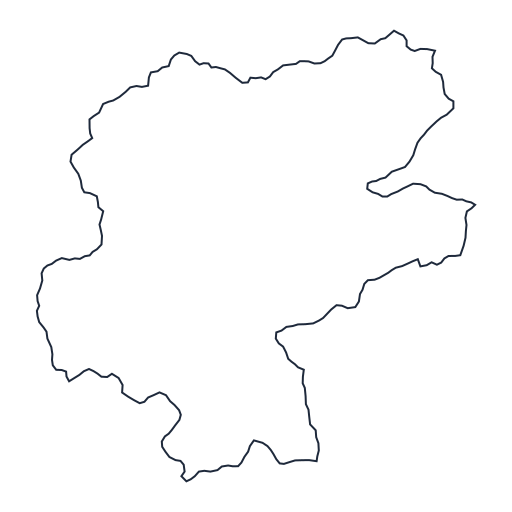 outline of Ouro Fino, Minas Gerais, Brazil
{"feature_id": "56859067B45717322204832", "entity_name": "Ouro Fino", "entity_type": "district", "adm_level": 2, "iso_a3": "BRA", "parent_name": "Brazil", "parent_adm1": "Minas Gerais", "projection": "natural_earth1", "projection_center": [-46.373, -22.267], "detail": "fine", "context": "isolated", "style": "outline", "palette": "slate", "viewbox_px": 512, "rotation_deg": 0, "n_neighbors": 0, "source": "geoboundaries", "source_scale": "gbopen_adm2", "svg_char_len": 3793}
<svg xmlns="http://www.w3.org/2000/svg" viewBox="0 0 512 512"><path d="M89.5,119.4L89.6,128.2L90.2,133.5L92.2,138.1L87.6,141.5L82.8,144.8L77.6,149.6L71.6,154.7L70.5,161.6L73.8,167.5L78.3,173.8L80.8,180.6L81.9,187.8L84.3,192.3L89.9,193.1L96.8,196.3L97.9,202.1L98.4,207.2L103.2,211.2L101.1,219.6L99.5,224.5L100.8,230.1L102.0,235.9L101.5,244.5L96.9,249.3L92.6,251.9L89.7,255.4L84.8,256.2L79.9,258.9L74.8,258.4L69.4,259.9L61.8,258.1L56.1,260.6L51.8,263.9L47.4,265.5L43.8,268.5L41.6,273.3L42.3,280.5L40.0,288.5L37.1,295.2L37.6,301.1L39.2,305.8L36.9,310.8L37.6,316.4L39.2,322.1L43.6,327.5L46.5,331.7L47.4,338.6L51.3,347.1L52.4,354.3L52.0,359.9L52.8,365.3L56.2,369.8L61.7,370.0L66.1,371.6L66.5,376.5L69.1,381.3L75.2,377.5L79.4,374.9L83.9,371.2L89.0,369.0L93.5,371.1L97.5,373.6L101.4,376.7L107.2,377.0L111.9,373.8L118.6,378.0L122.6,385.0L122.1,392.5L128.2,396.7L134.1,400.2L139.7,403.2L144.4,401.8L148.1,397.5L153.5,395.2L159.5,392.4L166.0,395.2L170.1,401.2L174.5,405.0L179.1,410.2L180.8,414.8L179.4,419.9L175.2,425.3L171.7,430.1L168.7,433.7L164.9,436.4L161.8,441.5L162.2,446.8L165.4,451.7L169.4,457.0L175.5,460.1L180.5,460.9L183.7,464.7L184.6,471.6L181.4,476.2L186.4,481.3L190.7,479.3L194.8,476.2L198.9,471.6L204.3,470.8L210.4,471.6L217.5,470.1L221.8,466.5L228.1,465.5L232.9,466.3L238.1,466.2L241.4,462.6L244.5,456.7L248.1,451.7L249.9,446.1L253.9,440.4L262.5,442.8L267.5,446.1L270.8,450.0L273.4,454.0L276.3,459.2L279.7,463.4L283.9,463.9L289.5,462.1L295.1,460.4L302.1,460.2L309.0,460.1L316.6,461.2L317.3,456.4L318.8,450.5L318.4,443.2L316.2,437.2L315.7,430.3L310.1,424.4L309.2,416.5L308.5,409.7L305.9,404.2L305.6,396.2L304.8,387.9L302.7,383.3L302.9,376.7L303.8,369.7L298.0,367.3L294.9,364.2L291.5,361.7L288.2,358.8L286.1,352.5L283.1,346.6L278.8,343.4L275.8,338.6L276.3,332.4L281.5,330.6L286.4,326.9L292.8,326.0L298.0,324.4L305.2,324.2L313.2,323.4L319.1,320.5L323.1,318.0L327.1,313.8L331.2,309.5L336.5,305.2L341.9,305.7L347.7,308.2L355.3,307.1L358.9,301.5L360.0,294.0L362.5,289.8L364.3,283.9L367.9,280.2L374.6,279.7L379.5,277.8L383.3,275.6L388.2,272.8L391.8,270.1L395.8,267.7L402.1,266.1L407.9,263.5L412.6,261.3L417.8,259.2L420.4,266.4L426.7,265.2L431.6,262.3L436.9,264.7L441.2,262.6L444.4,258.4L448.5,256.0L455.5,255.9L460.3,255.2L463.6,245.8L465.5,237.8L465.9,230.9L466.5,225.0L465.4,217.9L466.9,211.4L471.5,208.3L475.1,204.8L471.2,202.4L466.3,201.3L462.3,199.5L456.7,199.7L452.0,198.1L447.5,196.0L441.9,193.8L434.8,192.7L429.4,189.6L426.2,186.4L420.5,184.2L413.1,183.7L407.1,186.6L403.0,188.5L397.8,191.5L391.2,194.1L387.3,196.5L382.4,196.5L378.1,193.9L372.6,192.3L367.2,188.8L367.8,183.4L372.1,181.5L376.2,181.0L380.2,178.9L385.5,177.6L391.8,171.7L400.9,168.5L405.0,167.0L409.5,161.6L413.3,155.2L415.1,149.3L417.5,142.7L420.7,138.2L424.0,134.7L427.1,130.6L431.2,126.5L436.6,121.4L441.1,117.7L446.7,114.7L453.4,108.3L453.4,101.3L448.7,98.7L444.7,94.0L443.5,87.5L443.1,81.9L441.1,74.8L435.7,71.8L431.9,68.3L432.7,63.2L432.5,56.8L435.0,50.7L427.2,49.1L420.4,48.9L414.7,51.0L410.7,49.6L406.6,46.2L406.6,40.4L403.4,35.5L398.8,33.4L394.0,30.7L389.4,34.7L385.3,38.2L380.7,39.2L374.8,43.5L368.3,43.2L363.1,40.3L357.8,37.4L350.9,38.2L346.2,38.4L342.1,39.5L338.1,44.8L334.7,51.3L332.3,55.7L328.2,58.5L324.7,61.2L320.5,63.2L314.4,63.5L308.6,61.4L304.3,61.2L299.8,61.2L296.0,63.9L289.8,64.6L283.1,65.4L277.9,69.4L273.2,72.1L269.9,76.5L265.6,79.2L261.1,77.4L255.7,78.2L250.4,77.7L247.9,82.4L242.3,82.8L235.6,77.7L230.0,72.9L224.9,69.4L220.6,68.3L215.9,67.0L211.4,67.5L208.5,63.5L203.6,63.2L199.5,64.6L195.1,61.2L191.3,55.9L186.8,54.0L179.2,52.6L174.3,55.5L170.9,59.5L168.7,66.1L162.2,67.5L157.7,71.2L150.9,72.4L148.9,77.4L148.1,85.7L141.9,86.9L136.5,86.0L130.2,87.4L125.7,91.8L119.5,96.9L113.2,100.5L108.7,101.7L103.1,104.0L99.1,112.6L93.7,116.1L89.5,119.4Z" fill="none" stroke="#1e293b" stroke-width="2"/></svg>